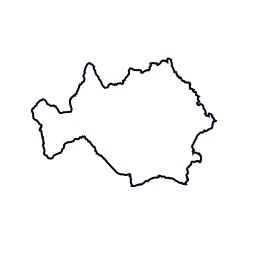 Kengtung, Shan, Myanmar (orthographic projection), rotated 46°
{"feature_id": "60261553B37663404803056", "entity_name": "Kengtung", "entity_type": "district", "adm_level": 2, "iso_a3": "MMR", "parent_name": "Myanmar", "parent_adm1": "Shan", "projection": "orthographic", "projection_center": [99.278, 21.371], "detail": "fine", "context": "isolated", "style": "outline", "palette": "ink", "viewbox_px": 256, "rotation_deg": 46, "n_neighbors": 0, "source": "geoboundaries", "source_scale": "gbopen_adm2", "svg_char_len": 5763}
<svg xmlns="http://www.w3.org/2000/svg" viewBox="0 0 256 256"><g transform="rotate(46 128 128)"><path d="M48.7,185.1L52.0,186.5L53.4,187.9L53.8,188.0L55.2,189.2L57.4,189.2L58.9,188.3L60.5,188.6L61.5,188.4L63.8,189.0L65.7,188.2L66.5,188.8L67.0,190.3L67.4,190.3L67.2,191.4L67.9,192.4L67.9,192.8L68.3,193.1L68.9,193.0L69.0,192.4L70.2,192.5L72.7,194.5L73.5,194.8L74.5,195.6L75.5,195.5L75.7,196.5L76.5,196.8L77.3,196.9L79.4,198.8L80.3,198.9L80.8,199.2L80.8,200.6L81.2,201.1L85.5,203.3L86.5,204.0L87.9,206.3L90.1,206.4L91.0,205.8L91.7,205.7L94.4,206.3L96.3,204.8L97.1,203.7L97.0,202.6L96.3,200.9L96.6,199.1L97.9,196.0L98.3,194.5L99.0,193.6L98.6,191.3L97.7,190.5L97.7,187.8L96.7,186.8L96.6,186.3L95.8,185.9L95.5,184.1L96.4,182.0L96.5,181.0L98.2,179.2L99.4,176.6L99.5,175.8L98.9,174.0L99.8,173.0L100.4,172.8L100.6,172.1L101.1,171.9L101.7,171.0L101.8,170.6L101.2,169.3L101.8,168.4L102.1,168.2L102.6,168.2L102.5,166.6L103.6,166.1L103.7,165.3L104.7,165.2L106.3,166.0L108.2,165.3L110.1,165.9L111.2,165.0L113.4,165.5L117.6,165.9L118.1,165.6L118.2,165.2L118.5,165.2L120.8,166.4L121.5,167.3L122.0,167.4L122.5,167.1L123.5,167.4L124.2,167.6L124.6,168.2L126.4,167.4L127.4,167.6L128.2,167.4L129.0,166.4L131.6,166.7L132.3,166.4L133.1,166.8L133.8,166.4L134.9,166.4L138.5,166.8L152.5,167.0L153.4,166.8L156.2,165.5L157.8,163.9L159.9,162.6L160.7,161.8L162.0,159.1L162.4,158.8L163.2,158.8L163.6,160.1L164.2,159.8L164.9,160.1L165.7,161.0L166.9,161.3L168.5,163.3L169.2,163.6L169.8,164.2L171.7,164.7L172.1,165.0L172.3,165.6L173.0,165.1L173.5,164.2L174.5,163.4L175.4,160.8L175.9,160.4L176.2,159.6L176.7,159.3L177.0,158.6L176.9,158.3L178.2,157.5L178.3,154.9L178.6,154.2L178.4,152.1L180.0,150.9L179.9,149.5L180.3,147.3L181.1,145.3L182.1,143.4L183.0,142.3L183.6,141.9L184.5,140.5L184.6,140.0L183.7,139.6L183.9,138.7L185.2,137.8L186.7,137.4L188.2,135.6L190.2,135.5L191.8,133.5L192.9,133.2L193.4,132.3L194.0,132.2L194.2,131.7L194.6,131.4L197.3,130.4L199.0,130.4L200.7,129.5L201.9,129.5L204.1,128.4L204.4,127.7L205.1,127.3L205.9,127.5L206.7,127.1L207.2,126.4L207.8,126.2L208.8,125.3L208.1,125.1L207.3,124.5L207.2,123.9L207.4,123.2L207.1,121.9L206.6,121.1L207.1,120.9L207.0,120.6L206.5,120.5L205.9,120.1L205.4,120.4L204.7,120.2L204.2,119.4L203.7,119.4L202.3,118.6L202.2,117.8L202.4,116.5L200.8,115.2L198.8,114.3L198.0,113.0L198.2,111.3L197.8,110.0L198.0,109.3L198.0,108.0L197.8,107.4L196.9,106.7L196.6,105.8L197.0,105.0L198.9,103.5L199.3,102.0L199.6,101.5L200.1,101.2L200.8,100.1L202.5,100.2L202.7,99.9L202.6,99.1L201.3,97.2L200.1,96.3L198.8,95.0L198.0,95.1L197.5,94.7L197.0,94.8L196.7,95.2L196.2,95.2L195.9,94.6L195.5,94.6L194.7,95.8L193.3,96.0L191.6,97.3L191.3,97.9L191.4,98.5L190.5,97.7L189.7,97.6L189.7,95.8L189.2,95.6L188.4,95.9L185.9,94.9L185.1,93.6L185.0,92.5L184.4,91.2L184.3,90.3L183.9,89.9L183.9,89.2L183.2,87.9L182.8,85.7L181.9,84.6L181.5,83.1L181.7,81.0L181.5,79.3L181.7,78.9L183.2,77.5L183.3,76.8L182.9,74.7L184.4,74.1L184.6,73.7L184.9,72.8L184.8,71.7L185.6,69.4L186.3,68.2L185.8,66.6L184.5,65.3L183.7,63.7L183.3,63.6L183.0,63.0L182.7,61.6L183.0,61.2L183.5,61.0L184.0,60.0L183.9,59.8L183.0,60.4L182.6,60.4L181.3,60.0L180.8,59.5L178.9,59.9L178.0,59.4L177.8,58.8L175.4,58.7L173.9,59.7L174.5,61.0L175.5,61.6L174.6,61.9L174.0,62.9L173.1,63.2L172.7,62.9L171.2,62.7L171.5,61.8L169.0,60.3L166.5,60.1L164.4,58.6L163.7,58.5L162.9,58.4L162.2,58.9L161.1,59.1L160.8,59.6L161.0,60.4L160.9,61.1L160.4,61.6L159.2,61.6L158.1,61.1L158.6,58.4L157.7,58.1L157.2,58.3L156.1,58.0L155.3,56.8L154.4,56.2L154.6,55.2L152.2,55.6L151.7,56.2L151.2,56.1L149.7,54.4L149.1,54.3L148.8,54.8L147.4,55.7L146.8,55.5L146.3,54.1L145.9,54.3L145.7,54.9L143.9,54.9L143.0,56.1L142.6,56.0L140.5,54.2L140.2,53.2L139.3,53.2L139.1,52.4L138.8,52.3L138.2,52.3L136.7,53.5L136.4,54.1L135.9,54.5L135.0,54.6L134.5,55.3L133.6,54.9L132.8,55.0L132.4,55.9L130.9,56.0L128.2,55.1L127.8,56.3L126.2,55.8L125.8,56.2L125.2,55.9L124.7,56.3L123.8,55.6L122.9,55.7L121.2,54.6L120.1,55.1L119.9,55.8L117.6,54.5L113.9,53.3L111.3,51.2L110.2,50.9L109.0,49.6L106.6,50.3L105.8,51.0L105.9,51.8L106.2,52.1L106.2,52.8L107.4,53.3L108.0,53.9L105.8,54.3L105.5,55.1L105.1,55.4L104.5,55.3L103.6,56.0L103.3,58.2L103.8,59.3L103.8,59.9L103.4,62.9L103.2,63.1L101.7,62.4L101.3,62.5L100.4,63.7L98.6,64.7L98.3,65.6L97.4,66.2L97.2,67.2L99.1,68.1L99.2,70.3L100.4,70.9L100.8,72.2L100.8,73.3L99.8,73.7L98.5,76.9L98.3,79.3L97.4,80.0L95.9,78.9L95.3,78.8L95.0,79.2L93.8,79.9L92.8,81.3L91.4,82.4L90.9,83.2L87.9,84.0L86.6,85.3L87.1,86.4L87.1,87.2L87.6,87.9L88.9,88.8L90.0,89.9L89.9,91.2L90.3,92.8L90.2,94.7L91.4,97.5L90.6,98.0L90.6,98.8L92.4,100.3L92.4,101.3L92.0,101.8L90.5,102.3L89.9,103.5L88.9,104.1L88.9,106.3L88.6,106.5L87.7,106.5L87.5,106.8L87.7,107.9L86.2,108.5L85.8,109.0L84.1,109.5L83.6,112.3L84.5,113.3L84.7,114.2L83.1,116.7L81.1,116.9L78.9,116.5L77.6,115.9L74.2,114.8L72.9,115.0L70.9,114.0L69.2,113.7L67.5,113.7L65.2,112.8L64.2,111.9L63.2,111.8L60.9,110.9L60.4,110.6L60.3,109.8L59.4,109.9L57.9,109.6L56.6,110.1L54.8,110.4L54.3,111.0L53.9,112.5L54.0,113.3L54.6,115.5L56.0,118.3L56.4,118.7L57.3,120.4L58.2,120.5L59.0,122.7L59.8,124.2L62.1,124.8L63.0,125.9L63.9,127.5L63.7,128.5L63.3,129.2L64.0,131.3L63.3,132.3L63.8,133.0L63.7,133.8L64.5,134.9L65.1,135.2L65.1,136.4L65.9,137.8L66.6,140.1L67.3,140.6L67.6,141.2L67.6,141.8L67.1,142.5L67.2,143.2L67.8,143.7L67.0,144.4L67.1,146.4L66.8,147.9L66.9,148.7L67.5,149.1L67.5,150.1L69.2,151.9L71.0,153.2L75.1,155.3L76.2,156.8L76.6,157.9L71.9,163.5L71.2,165.4L69.9,166.5L66.7,166.0L65.7,165.5L63.9,165.5L62.6,164.9L62.1,165.1L61.4,165.9L60.3,165.7L58.5,168.2L56.0,168.7L55.3,169.2L54.3,169.3L52.6,168.6L50.7,168.3L48.6,168.9L48.1,169.5L48.2,170.2L48.0,171.1L47.6,171.2L47.2,172.0L47.2,175.3L47.3,176.5L48.0,177.9L48.1,179.0L47.7,179.8L48.1,181.2L47.9,182.4L48.2,184.4L48.7,185.1Z" fill="none" stroke="#020617" stroke-width="2"/></g></svg>